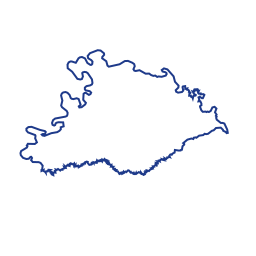 Taraira, Vaupés, Colombia (Natural Earth projection), rotated 108°
{"feature_id": "7082276B12935674193542", "entity_name": "Taraira", "entity_type": "district", "adm_level": 2, "iso_a3": "COL", "parent_name": "Colombia", "parent_adm1": "Vaupés", "projection": "natural_earth1", "projection_center": [-69.918, -0.672], "detail": "fine", "context": "isolated", "style": "outline", "palette": "blue", "viewbox_px": 256, "rotation_deg": 108, "n_neighbors": 0, "source": "geoboundaries", "source_scale": "gbopen_adm2", "svg_char_len": 5847}
<svg xmlns="http://www.w3.org/2000/svg" viewBox="0 0 256 256"><g transform="rotate(108 128 128)"><path d="M193.7,196.9L194.1,196.4L194.7,197.3L195.6,197.0L194.1,195.4L194.9,195.4L195.3,193.3L195.9,192.5L195.0,192.9L194.4,192.4L194.2,190.9L193.8,192.0L193.9,191.0L192.3,190.8L191.9,188.9L193.1,189.8L192.9,188.9L194.0,188.2L193.5,187.4L195.7,186.8L194.4,186.9L193.9,185.9L195.7,186.0L195.9,184.5L193.5,185.6L192.9,183.2L191.3,184.3L190.5,183.2L189.8,183.8L189.8,182.8L188.6,181.9L189.4,179.3L188.4,178.9L188.0,177.5L187.4,177.8L185.8,175.8L184.8,176.7L184.9,175.2L183.8,176.1L184.2,175.1L182.4,174.4L182.2,172.3L181.3,173.2L180.8,171.8L179.9,172.2L179.5,171.8L180.2,171.2L179.3,170.5L179.7,169.0L178.5,168.3L180.6,167.5L179.0,166.6L180.5,166.2L179.9,165.9L180.3,165.1L179.2,163.9L180.2,163.2L178.9,162.9L179.7,163.0L179.9,162.1L179.0,161.9L178.6,160.4L178.4,161.8L177.9,160.3L176.9,160.9L176.3,160.0L176.4,159.1L175.4,159.2L175.1,157.9L173.9,158.3L172.7,156.9L172.7,155.8L173.6,155.7L175.0,153.4L174.0,151.4L173.2,151.0L173.4,151.8L172.4,151.8L172.5,150.0L172.0,150.8L171.6,150.5L171.9,150.0L171.2,150.3L171.2,149.3L170.4,148.3L171.1,148.2L170.8,147.0L169.5,147.5L168.5,147.5L169.2,146.6L168.4,146.3L168.7,145.5L168.3,144.6L167.7,145.1L166.9,144.2L167.8,142.4L165.9,142.8L166.4,140.8L165.9,140.3L165.4,141.0L164.9,140.8L166.3,139.3L165.1,139.2L165.2,137.9L165.8,138.4L166.2,137.6L167.5,137.3L166.3,136.1L167.3,135.9L167.4,136.6L167.9,136.5L168.2,135.5L167.4,134.9L167.8,134.5L168.5,135.0L168.4,133.1L169.1,132.7L168.3,132.2L169.4,131.7L168.9,130.8L169.8,131.4L169.5,130.3L170.0,130.6L170.4,129.7L171.3,129.5L170.9,128.0L171.9,128.1L172.3,127.1L171.7,127.1L171.5,126.0L172.7,126.2L172.1,125.8L172.6,125.4L172.4,124.2L174.4,121.9L173.6,120.9L173.0,121.3L172.5,120.8L172.3,120.4L172.9,120.5L172.7,119.8L173.4,119.4L172.0,118.0L171.5,118.8L170.8,118.7L171.3,118.0L170.1,116.7L170.4,115.9L168.2,114.8L168.2,113.8L169.5,111.9L169.0,111.6L169.5,111.1L169.2,109.6L170.0,108.7L169.9,108.2L169.2,108.2L169.8,107.6L169.5,107.0L169.1,107.6L169.0,106.5L168.2,106.4L168.9,105.9L166.6,104.1L167.0,102.3L166.5,102.3L166.9,102.0L166.5,101.7L167.5,100.8L167.1,100.2L167.7,99.1L167.0,98.6L167.4,98.3L166.9,97.8L166.5,98.4L165.6,97.5L165.8,97.9L165.0,98.3L164.9,97.2L164.0,96.8L163.6,97.5L163.3,96.6L162.5,97.1L162.4,94.7L160.7,94.1L159.4,92.4L159.1,93.0L158.8,92.0L158.2,92.6L157.6,91.9L156.8,92.5L156.5,91.3L155.8,91.8L156.2,91.5L154.8,90.5L154.5,91.1L154.7,90.1L154.1,90.4L154.2,89.6L153.0,90.4L152.8,89.6L152.3,90.3L152.0,89.2L151.5,89.7L150.7,89.4L150.8,88.3L150.5,89.1L150.3,88.1L150.2,88.8L149.7,88.8L149.8,88.1L149.5,88.4L149.0,87.4L148.2,87.4L147.7,86.7L147.5,84.6L147.1,85.2L147.1,84.3L146.8,84.8L146.3,84.4L146.0,82.8L145.5,83.3L145.7,82.3L144.4,81.3L143.9,81.6L143.0,79.9L142.5,80.0L142.6,79.3L141.7,80.1L140.2,79.6L139.7,78.9L139.9,78.1L138.4,77.6L137.0,76.1L134.4,76.6L133.8,72.9L133.1,71.0L132.5,70.9L132.0,70.0L128.5,70.5L126.4,69.4L125.7,69.7L125.3,70.8L120.7,67.9L118.4,64.4L118.3,62.5L116.9,62.4L116.0,60.7L116.1,59.9L113.3,58.0L111.5,54.3L109.8,53.3L109.7,51.8L108.8,50.1L104.7,47.3L103.7,45.8L100.8,44.3L99.0,39.9L100.3,37.2L101.2,36.6L101.6,33.8L102.4,32.6L101.8,31.6L98.8,33.2L94.0,37.7L93.9,39.5L94.5,41.3L92.6,46.2L91.1,47.3L89.8,47.2L89.3,48.2L87.9,47.9L86.2,50.1L82.2,49.9L81.1,52.2L82.4,54.1L86.2,54.6L87.8,56.0L87.8,57.4L88.6,58.3L88.4,59.2L89.5,61.9L88.5,63.7L85.5,66.1L84.6,66.1L83.7,65.2L82.0,65.8L80.2,67.5L80.9,69.2L78.7,69.1L77.1,70.4L76.1,69.4L76.8,66.9L76.5,66.0L72.9,65.6L72.5,66.6L73.5,69.3L72.7,69.6L73.5,71.3L72.8,72.3L70.9,72.1L71.5,73.0L70.7,74.5L70.3,73.0L69.6,73.8L70.3,75.6L71.7,75.9L71.1,76.8L72.2,77.0L72.9,76.3L73.6,76.7L73.5,77.5L75.1,75.9L75.7,73.7L76.3,73.8L77.3,75.7L79.8,75.5L79.0,76.1L78.8,77.7L77.8,78.2L78.4,79.8L76.0,80.3L75.6,79.6L75.0,79.6L74.9,81.2L73.9,81.3L73.2,82.2L73.3,83.7L72.0,83.8L73.1,85.6L70.5,86.6L71.5,88.6L72.2,88.8L75.4,87.0L77.1,87.8L78.9,91.3L78.6,93.4L77.3,94.3L74.0,92.6L72.1,93.0L69.5,97.6L64.8,100.6L60.1,108.6L60.2,112.2L62.4,113.8L63.6,112.6L63.4,109.7L63.8,108.5L64.7,107.9L66.5,108.3L68.9,111.8L69.5,114.8L70.4,116.0L69.7,118.3L70.6,120.0L70.5,122.4L69.7,124.7L70.9,128.0L69.5,134.9L71.4,138.3L71.5,139.7L70.4,141.0L67.1,140.7L65.3,141.9L64.6,144.1L64.2,148.7L65.3,151.7L70.0,155.7L75.6,165.2L75.0,166.8L71.2,169.3L69.7,174.1L68.3,174.4L65.8,173.3L64.4,173.9L62.8,178.0L63.4,180.9L68.6,187.3L72.0,188.6L74.0,187.4L74.8,183.9L75.8,182.3L78.1,181.8L79.2,182.3L79.6,183.3L78.7,186.7L75.1,190.4L74.7,193.7L75.7,195.6L77.0,196.6L82.1,197.8L82.1,202.0L82.5,203.3L83.9,204.7L86.4,205.1L89.8,203.8L91.7,198.5L96.9,191.3L96.6,188.4L95.7,187.0L92.9,186.8L89.9,188.5L89.0,188.1L88.1,186.7L87.8,184.9L88.3,183.2L92.9,177.3L96.2,175.7L97.7,175.8L99.2,177.2L101.0,180.4L102.9,181.5L104.5,181.0L105.3,179.9L104.8,175.8L105.7,174.0L107.4,174.2L108.6,175.4L107.6,179.0L108.1,180.1L109.2,180.8L115.0,179.3L117.1,175.8L118.8,176.0L122.5,178.5L123.5,180.6L122.6,181.5L120.6,180.2L115.7,183.9L115.6,186.0L117.4,188.9L117.6,190.6L117.2,191.7L114.6,193.8L113.2,196.4L113.1,198.5L114.2,200.6L115.7,201.6L117.7,201.7L122.2,198.9L127.3,198.5L128.6,197.2L130.7,191.6L132.2,190.1L134.2,189.7L135.5,189.9L136.5,191.0L141.5,200.2L143.7,201.7L146.7,201.8L148.3,200.7L148.5,199.0L147.7,198.2L145.9,198.2L145.0,197.5L144.0,195.9L142.7,191.4L146.3,189.7L148.1,192.2L150.0,191.5L151.8,192.3L153.8,194.0L156.6,199.3L161.3,205.0L161.5,207.0L160.9,208.0L160.0,207.1L159.5,205.1L157.2,205.0L156.6,206.1L157.0,211.0L156.7,220.1L157.9,223.0L160.0,224.4L161.8,223.8L163.1,221.7L163.4,214.1L164.1,213.5L166.5,213.1L169.8,210.2L172.0,211.7L174.0,218.4L176.0,218.8L176.3,218.0L177.8,218.1L182.9,222.5L185.1,222.5L187.0,221.5L188.8,218.6L188.9,215.1L187.9,212.9L185.6,211.8L185.3,211.1L186.2,210.0L188.5,210.2L189.8,208.1L188.1,202.4L188.2,200.4L190.2,197.5L193.7,196.9Z" fill="none" stroke="#1e3a8a" stroke-width="2"/></g></svg>